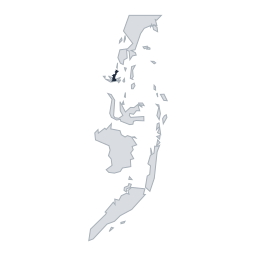 Halmahera Tengah, Maluku Utara, Indonesia (highlighted), rotated 270°
{"feature_id": "22746128B46636453933041", "entity_name": "Halmahera Tengah", "entity_type": "district", "adm_level": 2, "iso_a3": "IDN", "parent_name": "Indonesia", "parent_adm1": "Maluku Utara", "projection": "mercator", "projection_center": [128.383, 0.221], "detail": "fine", "context": "in_parent", "style": "filled", "palette": "slate", "viewbox_px": 256, "rotation_deg": 270, "n_neighbors": 0, "source": "geoboundaries", "source_scale": "gbopen_adm2", "svg_char_len": 5736}
<svg xmlns="http://www.w3.org/2000/svg" viewBox="0 0 256 256"><g transform="rotate(270 128 128)"><path d="M86.3,106.2L90.6,112.0L97.0,111.2L100.3,108.5L105.9,110.1L110.3,109.0L116.1,95.5L123.1,94.8L126.4,98.0L122.8,98.3L127.8,104.8L126.5,106.2L132.3,111.4L127.1,110.8L125.3,120.0L121.3,121.3L119.0,125.0L120.4,127.5L118.9,131.6L111.2,136.7L109.5,132.1L106.3,133.2L103.0,130.6L97.3,133.7L96.4,130.4L89.4,130.8L88.0,122.5L84.5,120.2L82.9,114.4L83.6,108.8L86.3,106.2ZM15.4,88.8L26.8,90.5L41.4,105.4L43.2,106.6L44.0,105.1L53.8,113.3L51.4,115.1L56.9,114.8L55.8,119.0L60.3,121.3L62.7,126.5L61.8,129.0L65.4,127.9L68.6,131.5L67.2,144.9L61.7,143.4L61.5,145.3L46.6,131.8L40.4,120.3L34.7,114.5L31.9,107.0L17.1,93.2L15.4,88.8ZM240.6,129.1L240.6,161.3L235.8,156.7L236.4,155.3L230.4,156.9L231.3,153.7L229.7,152.0L230.2,151.8L231.2,151.9L231.8,151.7L228.9,150.4L230.2,150.1L227.7,144.2L222.4,140.6L206.2,135.0L205.5,131.2L203.3,135.4L200.9,136.2L200.1,132.4L196.3,129.9L204.8,129.1L205.9,126.6L198.0,127.2L196.1,123.9L191.5,123.2L192.8,120.4L198.4,117.9L206.2,119.9L207.2,127.6L212.5,132.8L225.0,123.5L240.6,129.1ZM161.4,111.3L155.8,114.7L140.2,113.6L138.3,114.9L137.7,118.9L140.6,122.9L145.1,120.3L154.3,120.0L144.0,125.4L148.6,130.5L148.4,134.0L151.5,137.8L145.2,139.7L145.3,136.4L141.7,133.5L142.5,129.8L140.6,129.3L138.6,130.7L139.5,143.8L135.2,143.9L135.5,136.1L134.7,133.5L131.8,132.9L131.4,129.6L134.9,120.7L136.6,120.4L136.0,116.6L138.7,111.4L142.7,109.7L156.7,112.0L162.5,107.9L161.4,111.3ZM68.8,145.4L79.9,147.2L81.6,149.7L90.2,150.5L92.2,147.9L100.6,150.4L102.9,154.0L109.8,154.7L109.7,157.7L110.7,159.6L104.1,157.1L77.8,154.3L64.7,149.9L68.8,145.4ZM175.4,112.0L180.1,108.5L178.0,112.6L181.2,115.1L176.2,114.7L178.8,120.6L175.2,117.4L173.9,110.6L176.9,105.4L175.4,112.0ZM177.7,130.3L189.4,131.6L190.6,135.2L185.8,132.6L179.3,133.2L177.4,131.8L176.3,133.4L177.7,130.3ZM151.1,158.8L142.4,160.4L136.4,159.2L140.4,156.9L148.8,158.8L151.7,156.2L151.1,158.8ZM126.3,156.5L132.1,157.2L133.1,159.0L121.5,160.7L123.4,157.5L127.3,159.3L128.7,158.7L126.3,156.5ZM161.6,160.4L161.8,164.0L155.3,167.2L155.6,163.8L161.6,160.4ZM68.6,124.4L70.2,128.3L72.4,128.9L71.7,131.3L68.4,130.1L67.4,126.9L64.1,126.3L65.7,124.0L68.6,124.4ZM228.6,157.1L224.3,157.6L226.4,153.6L229.8,152.7L230.9,154.2L228.6,157.1ZM137.4,162.6L140.1,164.3L141.3,166.2L138.6,166.9L132.2,163.3L137.4,162.6ZM171.1,131.4L172.9,134.1L170.3,135.0L167.2,133.1L167.3,131.5L171.1,131.4ZM110.1,156.5L116.2,157.7L113.4,159.9L110.1,156.5ZM119.6,156.7L120.5,160.1L116.9,159.6L119.6,156.7ZM79.3,129.5L76.4,132.0L76.6,128.8L79.3,129.5ZM209.1,143.0L209.8,147.3L208.5,147.5L207.3,144.3L209.1,143.0ZM108.2,150.6L103.5,151.9L101.5,151.1L108.2,150.6ZM153.0,138.6L153.0,142.5L150.4,144.1L151.4,139.0L153.0,138.6ZM24.5,109.2L28.7,111.4L28.1,113.4L24.5,109.2ZM34.7,125.0L33.1,124.1L32.3,121.0L33.6,120.9L34.7,125.0ZM193.1,155.7L192.2,154.2L194.7,151.3L194.6,153.9L193.1,155.7ZM188.4,116.6L193.2,117.6L187.8,117.2L188.4,116.6ZM159.1,124.4L163.5,125.4L158.7,125.4L159.1,124.4ZM150.9,140.5L148.6,142.4L150.7,139.0L150.9,140.5ZM213.1,119.4L215.6,119.8L218.0,121.6L215.7,122.0L213.1,119.4ZM170.8,154.1L169.2,155.5L165.9,155.6L166.8,154.0L170.8,154.1ZM208.9,148.0L207.9,150.0L206.7,149.9L206.9,146.7L208.9,148.0ZM177.5,124.4L174.6,124.7L173.8,124.0L175.0,122.8L177.5,124.4ZM213.5,124.0L217.1,124.3L220.5,125.1L217.3,125.5L213.5,124.0ZM151.7,122.0L154.6,123.3L151.6,124.0L151.7,122.0ZM179.8,105.2L177.8,104.9L179.7,103.4L179.8,105.2ZM158.9,157.8L162.2,156.6L162.6,157.3L158.9,157.8ZM188.3,124.5L187.8,126.3L185.3,125.4L186.6,124.9L188.3,124.5ZM119.2,134.7L117.9,135.9L119.0,132.2L119.2,134.7ZM174.6,117.8L176.2,120.2L175.6,120.5L173.3,118.7L174.6,117.8Z" fill="#d9dde1" stroke="#a8b0b8" stroke-width="1"/><path d="M176.4,115.3L176.4,115.2L176.3,114.9L176.2,114.8L176.2,114.7L176.1,114.8L176.1,114.7L176.2,114.4L176.3,114.4L176.2,114.3L176.3,114.3L176.2,114.3L176.3,114.3L176.2,114.3L176.3,114.3L176.3,114.2L176.4,113.9L176.5,113.9L176.8,113.9L177.1,113.9L177.3,114.0L177.4,113.9L177.5,113.9L177.5,114.0L177.5,113.9L177.6,114.0L177.8,114.1L178.0,114.2L178.3,114.2L178.5,114.2L178.7,114.3L178.8,114.3L178.9,114.2L179.0,114.2L179.0,114.3L179.2,114.5L179.3,114.5L179.5,114.6L179.8,114.6L180.0,114.7L180.3,114.8L180.5,114.8L180.8,114.9L180.9,115.0L181.0,115.1L181.0,114.9L180.9,114.8L180.8,114.7L180.7,114.7L180.4,114.6L180.2,114.6L180.0,114.4L180.1,114.2L180.1,113.9L180.1,113.7L179.9,113.7L179.9,113.8L179.8,114.0L179.6,114.1L179.4,114.1L179.2,114.0L179.2,113.8L179.0,113.7L178.9,113.7L178.7,113.7L178.4,113.6L178.1,113.5L178.0,113.4L177.9,113.4L177.8,113.2L177.7,113.3L177.4,113.3L177.3,113.2L177.2,113.2L176.9,113.0L176.7,113.0L176.4,113.1L176.1,113.1L175.9,113.1L175.7,113.0L175.8,113.2L175.8,113.3L175.9,113.5L175.8,113.8L175.7,113.8L175.6,114.0L175.7,114.3L175.8,114.4L175.8,114.5L175.7,114.6L175.8,114.7L175.9,114.9L175.7,115.0L175.8,115.0L175.8,115.3L175.7,115.4L175.7,115.5L175.8,115.5L176.0,115.6L176.2,115.3L176.4,115.3ZM183.3,116.1L183.1,115.9L183.0,116.0L183.3,116.1L183.5,116.2L183.5,116.3L183.5,116.5L183.8,116.6L184.0,116.7L184.0,116.8L184.1,117.0L184.3,117.2L184.4,117.3L184.4,117.2L184.5,117.2L184.4,116.8L184.2,116.7L183.9,116.5L183.6,116.3L183.4,116.1L183.3,116.1ZM184.8,116.4L184.6,116.2L184.6,116.4L184.6,116.5L184.8,116.5L184.7,116.5L184.8,116.5L184.7,116.5L184.8,116.5L184.7,116.4L184.8,116.4L184.8,116.5L184.9,116.4L184.8,116.4ZM180.7,113.4L180.7,113.5L180.8,113.6L181.0,113.8L181.0,113.7L180.9,113.6L180.7,113.4ZM183.8,116.6L183.7,116.6L183.8,116.8L183.8,116.7L183.7,116.7L183.8,116.7L183.8,116.6ZM181.4,115.2L181.4,115.3L181.5,115.3L181.4,115.2ZM181.0,113.8L181.0,114.0L181.0,113.9L181.0,113.8ZM184.8,116.2L184.7,116.1L184.8,116.2Z" fill="#64748b" stroke="#1e293b" stroke-width="1.5"/></g></svg>